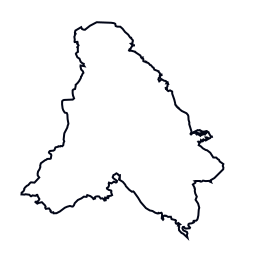 outline of Podeni, Mehedinti, Romania, rotated 6°
{"feature_id": "2599482B44594085370123", "entity_name": "Podeni", "entity_type": "district", "adm_level": 2, "iso_a3": "ROU", "parent_name": "Romania", "parent_adm1": "Mehedinti", "projection": "equal_earth", "projection_center": [22.541, 44.895], "detail": "fine", "context": "isolated", "style": "outline", "palette": "ink", "viewbox_px": 256, "rotation_deg": 6, "n_neighbors": 0, "source": "geoboundaries", "source_scale": "gbopen_adm2", "svg_char_len": 5862}
<svg xmlns="http://www.w3.org/2000/svg" viewBox="0 0 256 256"><g transform="rotate(6 128 128)"><path d="M104.4,25.7L103.0,25.2L100.3,25.1L85.8,26.1L79.5,30.3L74.9,34.8L73.3,34.8L71.9,34.3L70.9,32.6L65.5,36.6L65.2,38.5L65.9,39.5L65.4,39.6L65.5,41.5L65.1,42.9L65.8,45.5L65.8,47.8L66.0,48.1L68.7,47.6L69.1,48.8L68.6,49.5L69.8,50.4L70.2,51.1L69.1,52.8L69.1,53.1L69.8,53.5L69.9,55.6L70.3,57.5L69.0,58.5L68.4,59.7L70.3,63.0L72.5,64.1L74.0,67.1L75.9,68.4L77.3,68.8L77.2,70.0L78.1,71.1L74.3,70.8L74.3,71.8L75.3,74.7L77.3,76.4L77.9,77.8L77.2,78.7L76.4,81.3L75.9,81.8L75.9,83.1L74.5,86.4L73.2,88.5L71.4,90.6L71.6,91.5L71.3,94.7L69.7,95.4L69.0,96.3L69.3,99.1L69.9,101.4L71.3,104.2L70.1,105.5L61.4,106.8L60.2,107.5L59.7,108.3L60.0,111.5L60.9,115.3L61.8,117.2L63.5,119.3L65.5,119.5L66.3,120.9L67.0,125.4L68.3,130.0L67.7,132.5L67.6,133.9L65.3,139.7L65.2,140.7L65.2,146.4L66.0,147.9L65.5,149.4L65.4,151.9L64.5,153.0L63.0,152.9L62.6,153.4L61.3,153.4L61.0,153.7L60.7,153.5L59.4,154.4L58.4,154.6L57.8,155.0L57.2,157.5L56.2,158.3L52.8,159.0L52.1,159.8L51.9,160.5L52.4,161.3L54.2,162.2L54.6,163.1L54.4,166.4L53.8,166.8L50.9,167.2L50.2,168.0L48.9,168.7L45.0,172.2L44.6,174.7L44.9,175.9L44.3,178.3L43.1,180.7L42.9,182.9L43.2,184.7L44.9,186.5L40.7,192.1L37.2,192.2L36.5,192.7L34.8,195.2L33.4,196.1L31.7,198.1L31.1,199.4L31.3,200.0L30.6,201.9L29.0,203.4L29.0,205.2L32.3,205.0L33.0,204.6L36.9,204.7L38.4,206.0L39.1,205.9L40.0,205.0L43.0,205.1L44.0,204.8L44.1,204.1L44.8,204.0L45.6,205.6L47.3,207.9L46.8,209.2L45.6,210.7L43.8,211.0L43.7,211.4L45.7,212.7L46.9,211.9L50.1,210.8L53.4,213.5L54.3,214.8L54.0,216.0L54.8,217.0L57.8,216.2L59.8,218.3L59.6,219.0L60.4,219.8L61.2,220.0L62.5,219.6L62.9,220.6L65.8,220.2L69.0,218.1L73.5,213.9L75.8,212.6L78.4,211.6L80.7,212.0L81.4,211.8L82.3,210.5L82.9,208.3L85.7,204.8L89.1,202.8L91.2,200.9L94.0,200.8L94.5,199.0L97.8,199.7L100.2,201.2L101.1,202.3L102.6,201.6L102.2,200.7L102.6,200.0L103.4,199.5L105.1,199.1L106.5,199.2L108.2,201.0L110.0,200.6L111.3,201.5L112.1,202.6L113.4,202.2L113.4,201.6L112.4,200.5L112.5,199.6L115.5,199.9L115.8,199.4L114.8,198.6L114.9,198.0L118.2,197.1L119.2,196.4L117.9,193.6L118.1,192.5L117.6,191.9L115.4,191.6L113.4,190.5L113.3,189.9L114.7,188.7L114.9,188.1L115.1,186.7L114.6,185.3L114.8,184.3L117.4,184.8L119.5,182.9L121.7,183.5L122.4,183.1L122.6,181.7L118.7,179.5L117.9,178.5L118.5,176.3L119.5,175.8L121.2,174.3L122.6,174.9L123.7,176.1L124.9,175.8L125.1,178.9L124.5,179.0L124.5,180.2L128.5,182.1L131.1,184.6L132.0,186.1L135.8,189.4L138.6,191.0L139.8,190.5L140.6,191.0L145.4,196.4L148.4,200.4L154.2,205.8L158.3,207.7L161.1,208.0L163.9,209.4L166.1,209.9L167.1,209.3L167.3,209.7L170.1,208.8L170.5,209.2L171.0,210.7L171.0,214.3L172.4,215.6L172.7,215.2L172.4,214.0L171.8,213.1L172.5,211.9L173.5,211.3L174.2,211.6L174.8,211.2L177.1,212.2L179.9,211.8L180.9,214.1L184.8,214.6L185.4,215.1L185.2,216.9L185.6,217.9L186.5,218.2L188.0,217.2L189.9,218.4L188.2,219.4L188.0,219.9L188.7,220.0L189.3,221.3L189.0,222.1L189.5,224.4L192.1,226.7L194.2,227.5L198.6,230.9L197.7,228.5L198.1,226.6L197.5,225.3L193.7,224.0L192.6,222.1L192.7,221.3L193.0,220.7L194.0,220.5L195.2,221.8L195.9,222.0L199.8,221.3L200.1,220.6L198.2,218.6L198.2,217.4L198.9,216.7L201.4,216.1L203.2,215.1L203.5,214.7L202.8,213.9L203.0,213.5L205.5,213.0L206.1,212.4L206.7,211.1L207.1,207.6L206.9,201.8L207.2,199.9L205.6,195.8L202.7,192.3L203.6,189.1L201.8,186.2L201.0,183.7L201.0,181.7L200.5,181.2L200.5,180.5L198.4,177.4L200.7,175.4L200.8,174.2L200.1,173.8L200.4,173.7L205.3,173.2L205.6,173.7L206.9,173.5L208.1,172.5L210.7,172.7L214.4,172.1L214.8,172.7L216.1,173.1L215.7,172.5L216.1,172.1L215.9,171.1L219.1,168.8L227.0,159.1L227.0,157.3L226.2,155.8L226.6,153.9L222.7,151.7L221.8,150.1L220.4,149.5L218.9,148.2L215.9,148.4L212.4,144.0L209.0,141.9L207.5,141.7L204.6,140.4L202.3,138.6L200.1,137.7L200.6,135.9L199.6,134.7L200.7,134.6L200.4,134.2L201.6,134.2L202.4,133.7L201.9,133.1L201.9,132.4L203.7,133.4L204.3,132.7L203.6,132.1L204.1,131.4L205.8,132.0L206.3,131.3L206.1,131.0L206.8,131.4L207.0,132.0L207.8,131.4L207.2,131.3L207.3,130.6L206.3,129.2L207.3,129.1L209.0,129.7L208.7,130.0L209.3,130.3L210.7,129.5L211.5,128.1L212.4,128.0L212.3,127.7L211.2,127.7L208.8,124.4L208.7,123.9L207.7,123.4L206.1,124.4L206.3,125.1L205.0,125.8L205.1,126.4L203.4,126.4L201.9,127.3L201.1,127.0L200.8,127.3L201.1,127.6L200.8,128.2L197.9,126.6L197.1,127.3L196.8,127.1L197.5,126.0L197.2,125.8L196.5,126.2L195.9,125.7L194.2,126.0L194.1,125.4L195.6,125.5L196.7,125.2L198.0,125.7L200.5,126.0L201.2,125.7L201.3,125.2L204.3,125.4L207.1,123.5L207.0,123.0L206.4,122.8L204.0,123.7L202.1,123.7L200.8,123.1L200.2,123.2L199.6,122.5L198.3,123.0L197.6,122.8L193.8,125.2L191.4,127.8L190.8,127.3L191.6,125.3L191.4,124.6L188.5,117.8L188.4,116.0L187.4,113.6L186.8,109.9L186.2,108.7L184.6,107.2L179.6,105.4L176.0,103.0L176.2,102.8L175.4,102.2L174.3,101.8L173.6,100.9L173.7,100.6L172.6,99.9L172.3,98.4L171.0,94.8L168.4,89.3L168.1,87.1L165.9,86.2L164.2,87.1L162.9,86.2L162.8,85.3L161.7,85.3L161.3,84.2L162.5,83.5L162.9,82.4L162.7,80.4L163.4,80.2L162.6,78.4L161.6,79.0L161.8,78.3L160.6,77.3L158.9,77.2L155.9,75.8L155.8,76.7L154.2,78.3L153.1,76.4L153.5,75.8L153.4,75.1L154.2,74.2L154.6,74.4L154.1,72.8L154.2,72.2L154.9,72.4L155.9,71.9L155.7,71.3L155.0,71.6L154.4,71.1L153.7,69.9L152.5,68.9L152.5,68.4L148.1,67.2L147.1,65.3L146.3,65.1L144.2,63.1L143.3,63.0L142.3,61.9L141.0,61.1L139.4,60.8L139.3,60.4L138.9,60.6L138.2,60.0L137.6,60.3L136.3,59.9L136.0,57.8L135.5,57.1L134.7,57.3L134.4,56.9L134.7,56.4L133.7,56.5L132.7,54.6L127.1,51.7L127.1,51.4L122.5,50.7L121.8,51.1L120.9,50.8L121.1,50.1L121.7,50.4L122.0,49.9L121.6,49.6L121.6,49.3L122.3,48.6L123.4,46.3L124.3,45.5L126.2,45.1L123.5,45.0L122.2,43.9L123.4,43.6L123.7,43.1L123.4,42.3L123.8,40.9L123.6,40.2L121.8,38.6L121.7,37.9L120.7,37.8L118.4,35.1L115.0,32.8L112.3,29.9L109.8,28.1L106.7,28.3L105.1,27.9L104.4,25.7Z" fill="none" stroke="#020617" stroke-width="2"/></g></svg>